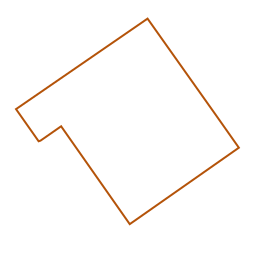 Shelby, Missouri, United States of America (Mercator projection), rotated 54°
{"feature_id": "52423323B55967272276048", "entity_name": "Shelby", "entity_type": "district", "adm_level": 2, "iso_a3": "USA", "parent_name": "United States of America", "parent_adm1": "Missouri", "projection": "mercator", "projection_center": [-92.119, 39.778], "detail": "fine", "context": "isolated", "style": "outline", "palette": "amber", "viewbox_px": 256, "rotation_deg": 54, "n_neighbors": 0, "source": "geoboundaries", "source_scale": "gbopen_adm2", "svg_char_len": 263}
<svg xmlns="http://www.w3.org/2000/svg" viewBox="0 0 256 256"><g transform="rotate(54 128 128)"><path d="M51.0,47.9L46.9,207.5L86.2,208.1L86.8,206.2L87.3,181.1L206.8,183.1L209.1,49.9L169.4,49.3L51.0,47.9Z" fill="none" stroke="#b45309" stroke-width="2"/></g></svg>